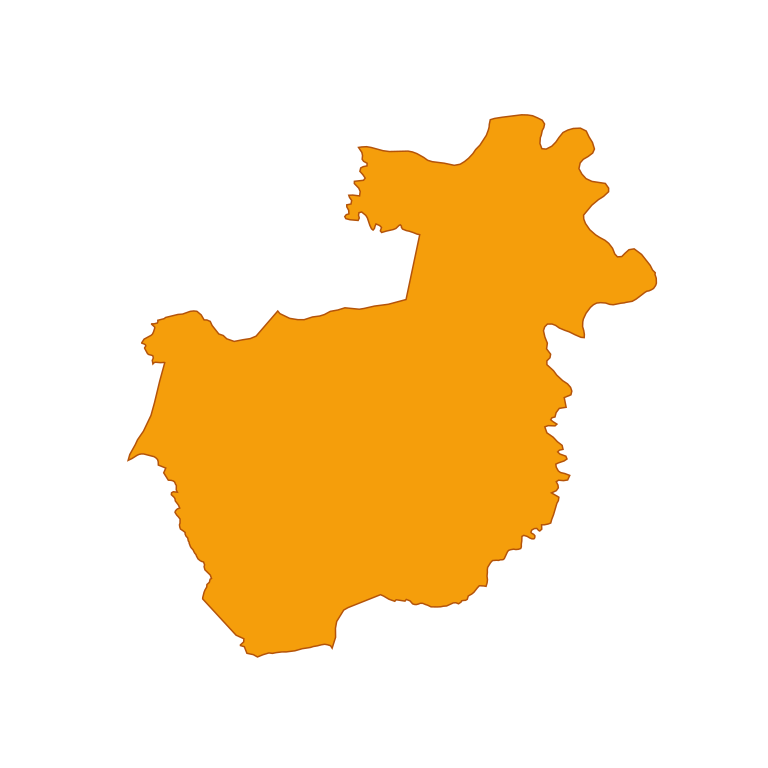 the district of Mecatlán, Veracruz, Mexico, rotated 282°
{"feature_id": "50627088B34984367598758", "entity_name": "Mecatlán", "entity_type": "district", "adm_level": 2, "iso_a3": "MEX", "parent_name": "Mexico", "parent_adm1": "Veracruz", "projection": "natural_earth1", "projection_center": [-97.65, 20.21], "detail": "fine", "context": "isolated", "style": "filled", "palette": "amber", "viewbox_px": 768, "rotation_deg": 282, "n_neighbors": 0, "source": "geoboundaries", "source_scale": "gbopen_adm2", "svg_char_len": 6161}
<svg xmlns="http://www.w3.org/2000/svg" viewBox="0 0 768 768"><g transform="rotate(282 384 384)"><path d="M549.2,626.2L551.3,623.0L555.4,619.7L564.3,609.0L568.2,600.6L566.3,595.7L562.2,592.7L558.1,590.1L556.9,585.9L559.2,582.7L564.3,579.3L568.3,574.6L570.5,570.3L572.2,564.5L573.9,559.9L577.7,553.2L582.9,547.7L586.9,545.1L590.7,544.1L602.1,550.1L608.9,555.4L613.2,559.8L618.8,563.7L622.3,563.0L626.2,558.8L625.4,545.3L626.9,538.9L630.5,533.9L635.2,529.9L641.0,529.9L645.2,532.2L649.0,536.4L653.3,540.1L657.6,541.0L663.6,537.7L668.4,533.1L673.5,529.2L675.1,522.9L673.3,516.0L670.6,511.0L667.2,506.8L661.5,503.9L656.4,501.8L651.5,498.7L647.5,493.8L647.0,489.5L651.7,486.5L657.5,485.7L660.1,486.1L664.9,486.1L667.9,487.0L671.7,487.0L674.9,483.9L676.2,479.0L677.3,473.6L677.0,468.5L675.9,462.6L669.5,444.1L666.7,436.8L664.6,433.0L659.9,433.0L657.2,433.4L653.9,433.2L648.5,432.4L637.6,428.2L632.4,424.9L627.9,423.1L622.4,419.8L618.3,416.5L614.8,412.8L612.5,407.3L612.5,396.9L611.5,385.0L611.9,380.2L613.9,375.7L616.2,368.3L616.9,363.6L616.8,359.1L612.5,341.0L612.0,334.6L612.7,322.2L612.5,317.6L611.2,312.8L610.1,309.9L605.9,314.2L603.0,315.5L599.3,315.9L597.6,317.7L596.4,321.6L593.8,322.0L592.3,318.5L590.5,316.3L587.0,316.2L584.4,319.8L581.5,322.8L579.0,321.6L576.1,312.9L573.9,313.3L570.3,318.6L567.3,320.7L562.9,321.0L562.3,314.2L561.3,310.3L559.3,311.5L556.8,314.2L553.2,314.3L551.5,310.3L549.5,310.8L546.6,313.3L543.1,314.3L541.8,311.9L539.6,310.8L537.8,312.3L537.6,316.6L538.6,324.7L541.2,325.3L543.8,324.0L546.4,323.9L547.6,326.4L545.2,331.1L543.0,333.2L536.2,337.2L533.2,339.5L532.3,341.3L534.1,342.3L536.4,342.4L538.9,342.9L538.1,346.8L536.6,349.0L533.0,348.6L531.7,350.2L534.0,354.4L537.0,360.9L538.6,363.3L542.3,365.8L543.1,366.9L542.1,368.2L541.0,368.4L539.4,369.9L538.7,373.9L538.7,376.8L538.2,381.2L537.5,385.1L537.5,387.9L471.2,388.0L462.9,371.7L458.2,358.4L453.8,348.9L452.0,344.3L450.4,329.9L446.8,323.5L443.9,316.4L439.5,311.2L437.1,306.9L434.7,300.1L430.3,292.5L429.0,286.2L428.6,278.1L431.2,267.5L433.3,264.9L404.2,248.9L400.6,243.7L397.9,236.6L394.5,228.6L395.5,220.8L398.0,216.7L398.6,212.0L405.5,203.7L409.1,201.0L409.8,197.5L409.3,194.7L413.6,190.8L416.2,185.9L415.9,182.8L414.8,179.4L410.5,172.4L409.2,168.0L403.7,156.6L402.1,155.2L399.3,149.5L398.0,149.9L396.5,149.6L395.0,146.4L394.6,144.3L394.3,144.2L394.0,144.5L392.0,147.9L390.8,148.1L386.9,147.7L384.6,147.1L383.3,146.2L378.0,140.0L374.1,138.5L373.6,138.6L373.2,141.3L372.6,142.6L372.0,143.0L371.2,143.0L369.8,142.3L369.2,142.4L364.5,146.4L363.9,147.8L363.8,150.9L363.5,152.0L362.4,152.6L361.2,152.9L359.0,152.4L355.6,153.8L357.1,154.7L357.8,156.0L358.4,160.9L359.4,164.5L359.3,165.1L340.1,164.0L317.9,163.4L304.8,162.6L287.8,158.5L278.2,154.5L272.9,153.3L262.2,150.0L256.1,149.6L258.6,152.9L263.1,157.5L264.3,159.2L265.2,161.4L265.6,163.6L265.1,174.4L264.1,176.7L262.9,178.3L261.0,179.3L257.8,180.1L256.4,188.0L251.3,187.0L245.1,193.0L245.5,195.9L245.4,197.7L244.8,199.3L243.8,200.2L243.0,200.6L241.5,202.0L237.3,202.8L235.2,204.4L234.8,200.3L233.4,198.8L231.5,199.0L229.5,202.3L228.3,203.4L226.2,204.2L222.9,208.0L220.2,210.0L219.0,208.1L218.0,207.2L216.2,206.3L214.9,206.3L212.6,208.6L211.3,210.5L209.5,212.6L205.5,213.4L203.7,213.2L201.4,214.1L199.8,215.1L198.4,218.5L197.4,220.4L196.0,220.6L194.1,221.9L192.6,224.0L189.8,225.2L188.6,226.4L187.8,226.5L184.7,228.5L183.6,229.6L182.1,231.7L179.4,233.8L177.9,235.7L177.0,236.1L174.2,238.5L173.0,240.9L172.5,242.7L172.4,244.5L169.8,246.1L167.9,246.0L165.0,247.5L161.0,253.8L157.9,255.7L156.9,254.5L153.7,254.4L151.1,252.5L148.5,252.8L145.2,251.7L142.8,251.3L137.5,251.1L136.1,251.3L107.5,291.6L105.7,299.9L102.6,300.4L98.9,297.8L98.3,298.0L98.0,302.0L92.1,305.9L92.1,312.4L90.7,317.0L94.1,322.0L97.0,327.3L97.3,330.9L98.8,334.3L100.7,339.8L101.6,344.0L104.5,352.3L108.1,359.1L111.0,366.8L112.5,369.4L114.0,373.2L115.9,377.0L117.1,380.1L117.2,383.0L116.9,386.1L114.8,388.2L126.2,389.3L135.0,387.3L141.9,387.1L154.5,391.6L157.8,395.3L177.2,424.4L176.5,427.7L174.5,433.6L173.7,439.7L175.5,440.8L176.0,449.7L177.9,450.6L177.3,454.5L174.9,457.7L174.7,459.6L174.9,461.3L175.8,463.2L177.1,465.2L177.5,467.5L176.9,470.6L176.7,472.7L175.8,476.3L177.0,482.4L177.9,485.8L179.0,488.3L179.9,491.4L184.3,497.3L185.0,499.8L184.5,502.6L186.7,504.7L188.1,505.1L188.9,507.0L189.4,508.8L190.7,510.2L194.2,510.5L196.8,513.5L198.9,515.2L204.0,517.7L206.5,519.2L207.2,523.6L207.3,525.9L210.9,526.2L214.1,525.9L217.5,524.7L221.2,524.3L223.7,523.7L226.1,523.5L231.5,525.4L233.9,526.9L235.0,530.7L235.3,532.8L236.2,534.3L236.7,536.3L237.2,537.3L238.3,538.0L245.3,539.6L247.1,540.4L248.2,542.2L249.4,545.1L249.5,547.4L250.3,549.9L251.5,551.9L253.2,552.2L256.0,551.6L259.1,551.4L263.6,550.6L265.0,552.2L264.7,555.8L263.7,558.6L263.3,560.8L263.7,562.8L264.5,563.3L265.7,563.4L267.0,563.1L268.1,561.6L268.8,559.3L269.6,558.5L271.9,558.9L273.8,561.1L274.5,563.5L272.9,565.7L272.6,566.9L274.8,568.5L279.0,567.4L279.7,570.3L281.2,573.7L282.7,576.0L286.3,576.2L291.4,577.0L303.2,577.9L306.2,578.8L309.6,578.6L312.3,570.5L315.5,574.7L318.7,576.1L321.3,575.2L324.2,572.8L326.2,574.7L326.8,579.7L328.3,583.6L333.2,584.7L334.0,579.6L334.1,575.1L335.2,572.6L338.4,569.8L341.3,568.7L343.1,571.0L346.2,576.2L348.7,578.6L351.2,576.9L352.1,570.5L353.7,568.0L355.8,569.4L357.3,572.7L361.0,571.0L363.6,565.6L367.1,560.6L370.1,553.5L375.5,550.2L377.4,553.2L378.6,560.0L380.7,561.5L382.4,556.9L383.7,554.5L385.9,555.3L387.3,558.1L391.8,558.3L396.6,560.5L399.1,567.0L408.2,563.1L412.3,569.1L416.1,569.2L419.5,567.2L422.3,563.5L424.4,558.1L428.6,551.1L432.2,547.1L436.8,539.3L440.5,538.5L444.2,540.9L447.8,540.8L452.2,535.7L457.9,535.3L463.4,531.6L469.3,528.9L473.3,529.3L476.6,531.4L477.6,535.9L477.0,539.7L475.2,543.9L474.1,549.7L473.5,554.4L471.9,560.6L470.6,567.0L471.0,570.2L474.1,569.7L477.7,568.3L481.5,566.3L486.2,565.5L489.0,565.5L495.2,566.9L501.9,570.0L505.1,572.4L507.4,575.2L508.6,578.9L509.3,583.9L508.8,588.2L509.2,591.8L512.3,599.0L513.3,602.1L514.1,603.6L516.5,609.6L519.4,612.9L527.9,620.2L529.4,621.8L530.2,623.8L531.8,626.0L533.5,627.8L536.8,629.2L539.2,629.5L544.1,628.3L547.5,626.3L549.2,626.2Z" fill="#f59e0b" stroke="#b45309" stroke-width="1.5"/></g></svg>